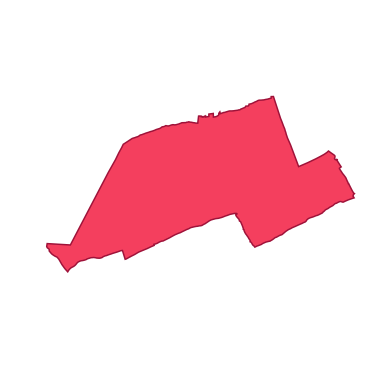 outline of Secu, Dolj, Romania, rotated 163°
{"feature_id": "2599482B59560805166375", "entity_name": "Secu", "entity_type": "district", "adm_level": 2, "iso_a3": "ROU", "parent_name": "Romania", "parent_adm1": "Dolj", "projection": "natural_earth1", "projection_center": [23.29, 44.48], "detail": "fine", "context": "isolated", "style": "filled", "palette": "rose", "viewbox_px": 384, "rotation_deg": 163, "n_neighbors": 0, "source": "geoboundaries", "source_scale": "gbopen_adm2", "svg_char_len": 5980}
<svg xmlns="http://www.w3.org/2000/svg" viewBox="0 0 384 384"><g transform="rotate(163 192 192)"><path d="M345.6,185.0L346.4,183.4L346.9,182.3L346.7,181.0L345.7,179.6L345.3,178.8L345.5,178.2L345.8,177.4L345.0,175.4L344.2,173.7L343.1,172.2L341.7,170.6L340.1,169.2L339.0,166.7L337.6,160.6L336.2,156.5L335.7,155.2L334.2,152.0L333.6,152.5L332.7,153.3L331.1,154.3L330.0,154.8L328.8,155.1L327.1,155.4L326.1,155.7L325.2,156.1L324.6,156.4L323.7,157.0L322.7,157.7L321.8,158.2L320.5,158.5L318.8,158.7L317.7,158.6L316.5,158.4L315.0,158.3L313.4,158.3L312.5,158.4L311.8,158.7L310.1,158.7L307.8,158.7L306.5,158.4L305.1,158.1L303.4,157.3L302.4,156.7L301.1,156.2L300.0,155.8L299.1,155.6L298.1,155.6L297.3,155.6L296.1,156.0L295.1,156.2L294.1,156.3L293.2,156.3L292.4,156.2L291.2,156.3L289.5,156.4L287.5,156.4L286.0,156.5L284.7,156.5L282.5,156.5L281.0,156.5L278.8,156.6L277.6,156.7L276.8,156.6L275.9,156.5L275.6,156.4L275.6,147.2L274.4,147.2L273.1,147.5L272.1,147.7L270.0,148.2L269.9,148.1L269.2,148.3L265.1,149.0L263.5,149.4L260.7,150.1L257.8,150.4L253.6,150.8L251.4,151.0L246.7,151.7L243.8,152.0L243.8,153.1L242.4,153.0L240.4,153.1L237.7,153.7L235.4,153.9L234.5,153.7L234.1,153.6L230.4,154.2L226.8,154.8L223.2,155.6L220.6,156.1L216.8,156.5L215.3,156.5L213.0,156.9L209.8,157.4L207.9,157.7L205.9,157.8L203.7,158.3L200.2,158.1L198.1,157.9L196.7,157.6L195.0,157.5L193.7,157.2L192.4,157.1L190.4,157.6L190.0,157.7L188.9,157.8L187.3,158.3L186.0,158.7L184.1,159.3L182.2,159.7L179.9,159.7L177.1,159.6L174.4,159.1L171.2,159.0L169.2,159.1L167.1,159.3L164.9,159.3L162.4,159.5L157.6,159.1L156.9,158.9L155.9,158.6L155.4,158.2L155.7,157.6L156.2,157.6L156.6,157.6L156.9,157.4L156.8,156.8L156.6,155.6L155.0,152.0L155.1,150.4L154.2,149.4L153.7,144.9L153.6,142.0L153.9,141.4L153.3,140.8L153.5,139.9L153.3,138.1L152.9,136.2L152.5,135.3L151.9,133.3L151.5,132.2L151.3,130.9L150.7,129.1L150.6,128.0L151.0,127.5L150.7,127.3L150.1,126.4L149.8,125.6L149.7,124.7L149.3,123.4L149.0,122.9L148.7,122.7L148.0,120.9L145.7,121.3L144.8,121.3L143.3,121.4L142.1,121.5L140.9,121.6L139.7,122.0L138.7,122.2L137.5,122.3L136.1,122.5L133.7,122.4L132.8,122.3L131.6,122.2L131.5,122.3L130.6,122.5L129.3,122.8L127.8,123.3L126.1,124.0L125.6,124.1L124.4,124.1L121.2,124.8L120.1,124.9L118.9,124.9L118.2,125.0L116.6,125.7L115.2,126.3L113.9,126.9L113.2,127.1L111.4,127.7L109.8,128.0L108.5,128.1L107.4,128.4L106.3,128.6L103.4,128.9L99.6,129.4L97.8,129.6L97.4,129.7L96.5,129.7L95.9,129.8L94.9,130.0L93.6,130.2L92.9,130.2L92.4,130.3L91.2,130.9L90.3,131.8L89.8,132.0L88.9,132.4L87.6,132.7L86.4,132.8L83.4,132.8L82.2,132.9L81.3,133.0L80.1,133.1L79.3,133.0L77.9,133.1L73.7,133.8L73.2,134.0L72.7,134.4L70.8,135.2L70.1,135.7L69.4,136.0L68.8,136.1L66.9,136.4L64.9,137.1L61.9,137.7L61.4,137.8L61.1,137.9L59.7,138.6L58.3,139.1L57.8,139.1L57.2,139.0L55.5,139.4L54.8,139.5L53.3,139.6L52.5,139.4L51.5,138.7L50.7,138.2L50.2,138.1L48.4,138.4L44.8,138.8L41.9,138.9L39.5,139.0L38.7,139.0L39.0,140.2L39.2,141.0L38.8,141.6L38.5,142.2L38.2,142.5L37.5,142.7L37.1,143.0L37.8,143.7L37.8,144.1L37.9,144.3L38.0,144.7L38.5,146.9L39.0,149.7L39.6,153.3L39.7,154.1L40.0,154.1L40.1,155.7L40.3,156.8L40.3,157.0L40.4,157.4L40.5,158.5L40.6,159.1L40.6,159.6L40.7,160.2L40.8,160.9L41.4,162.6L42.1,164.5L42.2,164.8L42.5,165.3L44.0,170.5L44.2,171.1L44.1,171.6L43.7,171.8L42.4,172.3L42.0,172.4L42.2,173.1L42.6,174.4L44.0,179.6L44.1,179.8L44.3,180.0L43.9,180.1L43.6,180.4L43.6,180.5L44.0,180.8L44.8,181.1L45.4,181.2L45.7,181.3L45.9,181.7L46.0,182.0L45.9,182.5L45.6,182.9L45.1,183.6L45.0,183.8L44.9,184.2L44.8,184.4L44.8,184.5L44.8,184.8L44.9,185.1L45.2,185.7L46.3,187.1L47.1,188.1L47.2,188.3L47.6,188.7L47.7,188.9L49.5,191.3L51.1,190.5L52.6,190.0L54.5,189.4L58.2,188.6L64.1,187.5L72.8,186.2L80.8,185.3L82.6,185.1L82.7,186.8L82.8,188.8L84.0,208.2L84.9,215.7L85.0,219.8L84.9,221.8L85.0,223.2L84.9,225.1L85.2,228.1L85.5,233.2L85.8,236.3L86.2,259.2L86.2,259.5L88.4,260.1L88.9,258.6L90.3,258.7L92.5,258.7L94.7,259.0L96.5,259.1L97.8,259.4L99.3,259.7L100.2,260.0L101.1,260.2L102.1,260.2L103.4,259.9L104.8,259.7L105.5,259.7L106.9,259.4L109.2,259.1L110.8,259.2L111.8,259.3L112.1,258.6L112.5,258.1L112.9,257.9L113.5,257.9L115.0,258.3L115.4,258.4L116.1,257.8L116.6,257.4L118.9,257.2L120.4,257.0L120.6,257.1L121.1,257.0L122.2,256.6L122.8,256.7L123.6,256.9L124.2,256.8L127.1,257.3L128.6,257.5L130.3,257.9L132.2,258.5L133.4,258.6L135.0,258.6L137.6,258.6L138.6,258.8L139.4,258.7L140.8,258.7L141.4,258.6L142.2,258.6L141.9,260.2L141.9,260.5L142.9,259.8L143.4,259.3L143.6,258.7L144.0,258.0L144.2,257.7L144.6,257.5L145.3,257.3L146.3,257.1L146.9,257.1L147.6,257.1L148.2,257.2L149.6,257.4L148.7,260.9L153.1,261.6L153.8,259.3L157.0,259.7L156.8,260.5L157.3,260.5L157.3,260.9L157.8,260.7L157.9,260.3L159.6,260.4L159.5,260.9L161.1,261.2L160.9,261.8L162.1,262.3L163.5,262.7L166.4,256.1L166.7,256.2L167.4,256.5L167.9,256.7L168.3,256.8L168.9,257.2L169.3,257.4L169.7,257.6L170.2,257.8L170.8,258.1L171.2,258.3L171.5,258.5L171.8,258.7L172.3,258.9L172.6,259.0L173.2,259.3L173.7,259.5L174.1,259.8L174.4,260.0L174.8,260.1L175.3,260.0L175.5,260.0L176.1,260.2L176.4,260.3L176.7,260.2L177.6,260.2L178.2,260.3L178.8,260.5L179.7,260.7L180.7,261.0L181.5,261.2L182.2,261.1L182.7,261.1L183.5,261.0L184.0,261.0L184.7,260.9L186.8,261.0L187.5,261.0L188.2,261.1L188.8,261.2L189.7,261.6L190.4,261.9L190.8,262.0L191.3,262.0L191.8,262.1L192.4,262.1L193.0,262.1L193.8,262.0L194.5,262.0L195.1,262.0L195.6,262.2L196.0,262.3L196.4,262.5L197.1,262.8L197.5,263.1L197.9,263.1L198.7,262.9L199.3,262.8L199.9,262.8L200.8,262.9L201.2,263.0L201.7,263.0L202.2,262.8L203.0,262.5L203.5,262.3L204.9,262.2L206.1,262.2L207.0,262.2L208.0,262.2L209.3,262.0L210.4,261.9L211.2,261.9L212.2,261.8L213.2,261.9L214.4,261.9L215.9,261.8L217.5,261.8L219.0,261.8L220.2,261.7L222.1,261.6L223.3,261.5L224.3,261.6L224.9,261.6L225.8,261.3L226.9,260.9L227.8,260.8L229.5,260.8L230.5,260.7L232.0,260.7L233.5,260.7L243.8,257.7L245.2,256.2L246.2,255.1L250.5,250.9L255.7,245.3L266.4,235.1L323.8,176.9L345.6,185.0Z" fill="#f43f5e" stroke="#9f1239" stroke-width="1.5"/></g></svg>